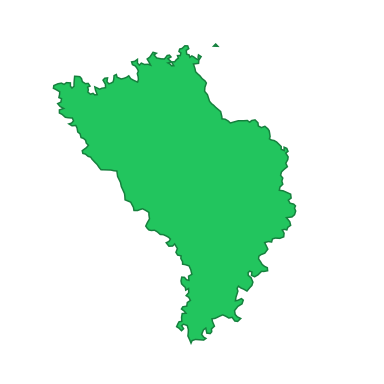 Cantagalo, Paraná, Brazil, rotated 343°
{"feature_id": "56859067B14365297137132", "entity_name": "Cantagalo", "entity_type": "district", "adm_level": 2, "iso_a3": "BRA", "parent_name": "Brazil", "parent_adm1": "Paraná", "projection": "mercator", "projection_center": [-52.14, -25.306], "detail": "fine", "context": "isolated", "style": "filled", "palette": "green", "viewbox_px": 384, "rotation_deg": 343, "n_neighbors": 0, "source": "geoboundaries", "source_scale": "gbopen_adm2", "svg_char_len": 4775}
<svg xmlns="http://www.w3.org/2000/svg" viewBox="0 0 384 384"><g transform="rotate(343 192 192)"><path d="M285.6,240.5L285.3,237.4L286.9,235.6L285.7,233.3L282.5,231.4L281.7,228.0L285.0,226.8L285.7,222.9L279.5,217.5L276.0,215.9L277.5,213.0L281.1,211.1L281.1,207.8L282.9,205.2L281.6,201.9L283.5,198.9L286.4,197.4L290.6,195.7L290.1,191.9L293.0,189.1L294.2,186.5L293.0,182.2L295.7,181.2L295.4,178.0L293.2,176.1L292.2,179.3L289.8,177.2L290.6,174.6L289.1,171.8L287.6,169.0L285.6,166.8L283.1,165.5L281.6,163.8L282.9,161.8L283.4,158.6L283.7,156.0L283.0,153.7L280.9,150.5L277.2,150.7L274.7,148.2L275.3,145.1L273.4,141.5L270.0,141.1L267.5,142.1L265.8,139.8L262.4,139.0L257.2,137.4L253.7,137.3L248.8,137.2L247.4,134.7L245.0,132.1L242.1,130.8L242.6,128.5L242.9,123.4L241.1,120.6L239.3,117.8L238.0,115.3L236.6,113.4L235.3,110.4L235.2,103.4L233.5,99.4L234.9,95.7L237.6,92.0L236.9,89.5L234.8,86.5L233.5,83.1L231.9,80.6L230.6,78.0L230.9,74.9L230.8,70.0L235.9,70.9L237.1,67.9L234.7,65.5L233.3,63.5L231.6,61.8L229.4,62.6L229.3,60.0L227.2,58.6L227.9,54.9L230.8,54.0L230.6,51.0L227.9,50.1L224.6,51.8L222.0,51.7L220.6,53.8L222.0,55.7L220.7,58.1L218.0,57.3L218.1,60.0L215.8,60.8L213.5,62.4L210.4,61.6L207.9,57.5L211.4,56.7L210.4,54.5L208.2,54.2L206.4,55.5L204.5,56.7L201.6,55.7L197.4,53.5L195.8,49.8L198.5,48.9L195.6,47.0L192.8,49.3L191.0,50.7L188.0,51.7L188.8,54.9L189.5,58.6L187.3,57.0L183.7,56.1L181.2,53.9L178.8,55.3L177.5,52.9L178.6,49.2L175.4,50.3L172.3,49.9L172.3,52.8L174.7,55.0L175.7,58.0L176.1,60.7L174.3,62.8L174.2,66.1L173.6,68.8L172.1,71.0L168.9,68.2L166.5,65.7L165.5,62.4L162.9,63.2L160.2,63.4L157.3,63.2L153.9,60.3L154.0,57.5L151.5,57.9L150.2,61.2L148.8,63.6L146.4,64.2L144.1,64.2L142.9,61.6L144.6,58.2L141.8,57.7L139.6,59.0L140.7,63.7L139.8,67.0L136.1,66.4L133.8,66.7L129.8,63.1L129.5,66.2L129.8,71.2L127.4,70.7L126.2,68.7L123.5,68.8L121.6,66.0L122.8,63.8L122.8,61.2L125.4,60.9L124.5,57.8L121.7,57.2L119.4,54.4L119.5,51.2L118.4,48.9L115.8,47.8L113.6,47.0L112.2,50.4L111.0,53.5L110.1,56.4L107.6,57.5L106.7,55.3L107.6,52.1L103.9,50.7L101.2,51.7L98.9,49.7L95.4,49.3L91.0,49.8L89.8,52.3L91.5,53.9L94.8,57.4L93.9,60.0L92.3,62.8L94.5,64.6L92.9,67.7L89.4,68.2L90.9,71.7L93.7,74.6L89.2,74.7L88.3,77.7L90.4,79.7L92.7,83.5L95.1,84.7L99.2,86.3L99.5,89.4L96.9,90.9L94.2,90.9L96.6,93.6L100.3,94.4L100.8,97.2L100.3,101.2L102.0,103.7L101.8,107.5L103.9,109.0L105.4,111.4L105.2,114.3L106.6,117.0L104.0,118.7L99.1,120.4L98.9,123.2L101.2,124.6L103.1,127.6L105.3,129.0L106.0,131.4L107.9,135.3L109.3,137.9L110.4,141.5L111.5,144.1L115.7,145.5L120.9,147.3L123.3,148.7L126.3,150.0L125.4,155.4L126.4,161.8L126.0,166.3L126.4,169.0L127.0,173.8L126.5,176.6L125.7,179.9L130.4,183.8L131.5,189.6L131.1,192.7L134.5,193.8L137.0,193.6L139.8,193.6L142.2,195.9L144.8,198.9L144.1,201.4L143.5,205.3L140.4,208.2L137.8,211.1L138.6,213.6L139.7,215.7L141.8,216.9L145.0,217.6L147.3,220.1L149.2,223.3L152.1,224.4L154.7,226.7L156.4,228.5L157.6,230.7L155.6,232.5L152.5,233.0L154.1,237.1L157.7,238.0L160.2,236.6L161.5,241.8L159.0,245.0L159.8,248.1L162.9,249.9L161.9,252.3L162.6,255.9L161.9,258.3L164.2,259.4L167.6,261.8L168.1,266.0L167.8,270.7L164.1,271.5L163.2,275.6L161.1,274.3L159.8,271.4L157.3,270.4L155.5,273.8L155.2,276.8L156.4,279.1L157.7,281.3L157.3,284.0L160.5,283.3L159.4,287.3L156.1,289.4L158.1,291.7L158.8,295.2L155.2,296.3L153.6,299.6L149.7,299.1L147.7,300.8L149.8,303.7L150.8,306.2L147.1,305.4L145.4,308.7L144.4,312.7L141.7,312.3L140.1,313.8L137.9,316.3L139.8,318.5L141.4,321.6L144.0,320.3L143.0,316.8L145.2,315.9L148.4,318.3L148.3,322.5L147.3,325.4L146.0,328.5L146.6,332.7L146.9,336.2L148.7,334.1L152.1,334.0L159.9,337.0L162.5,336.1L160.7,334.2L159.6,331.0L162.6,327.2L165.4,326.2L164.9,331.3L168.0,332.7L170.0,331.4L170.6,328.6L174.2,326.9L173.7,322.0L174.0,319.1L177.0,319.6L179.3,319.3L182.4,318.8L185.5,318.5L188.0,320.7L190.4,323.3L193.7,323.6L195.2,327.9L197.8,329.1L201.6,327.2L198.8,324.6L197.5,321.7L198.0,317.9L202.4,314.8L207.1,313.6L209.4,310.4L208.1,308.4L204.1,309.0L201.7,308.7L203.3,305.4L204.8,303.3L206.9,300.2L206.9,297.4L208.9,295.6L210.6,298.0L213.0,300.0L215.6,302.8L219.2,300.4L221.9,298.9L223.9,296.0L223.4,291.2L221.4,288.2L222.1,285.5L224.1,284.5L225.9,286.1L224.5,289.1L227.1,291.4L230.9,290.5L235.3,288.2L237.5,289.0L241.3,289.4L241.9,286.4L239.7,284.4L237.9,281.8L237.1,278.5L236.1,275.5L237.1,273.0L239.4,272.1L243.7,271.8L247.8,268.8L246.7,261.6L250.6,261.7L253.5,263.1L255.2,260.4L258.2,260.4L262.4,262.0L266.6,261.7L268.0,258.3L267.2,254.7L269.4,254.7L271.6,256.0L273.3,253.8L276.6,252.7L276.8,249.0L274.8,244.1L280.3,245.1L283.4,243.7L285.6,240.5ZM210.4,61.6L211.5,65.9L209.3,65.4L208.4,63.2L206.7,61.5L210.4,61.6ZM237.1,67.9L240.3,65.2L238.3,62.8L237.2,64.9L237.1,67.9ZM257.9,57.4L255.3,58.8L259.3,60.2L257.9,57.4Z" fill="#22c55e" stroke="#15803d" stroke-width="1.5"/></g></svg>